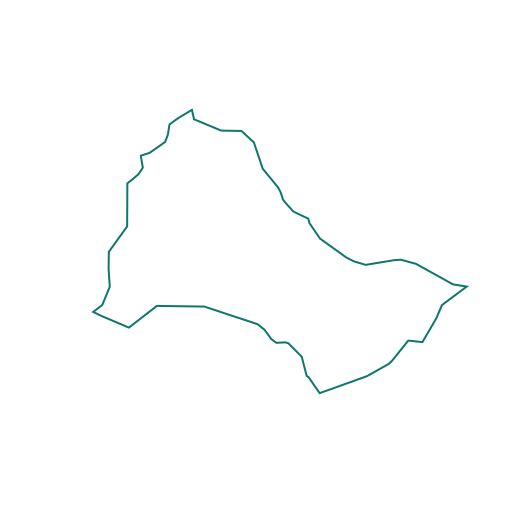 Xu'reemaral, Bayanhongor, Mongolia (Albers equal-area conic projection), rotated 61°
{"feature_id": "93677404B17106990406632", "entity_name": "Xu'reemaral", "entity_type": "district", "adm_level": 2, "iso_a3": "MNG", "parent_name": "Mongolia", "parent_adm1": "Bayanhongor", "projection": "albers", "projection_center": [98.288, 46.477], "detail": "fine", "context": "isolated", "style": "outline", "palette": "teal", "viewbox_px": 512, "rotation_deg": 61, "n_neighbors": 0, "source": "geoboundaries", "source_scale": "gbopen_adm2", "svg_char_len": 1107}
<svg xmlns="http://www.w3.org/2000/svg" viewBox="0 0 512 512"><g transform="rotate(61 256 256)"><path d="M97.1,241.2L97.7,257.5L99.0,267.9L107.1,274.2L112.2,280.2L114.2,299.2L112.4,308.1L123.9,312.2L126.6,317.4L127.6,319.8L128.9,326.0L130.1,333.3L167.7,354.4L181.0,382.7L196.1,391.3L212.0,398.8L224.3,414.2L226.0,425.5L233.2,420.5L257.0,401.9L251.6,366.9L275.1,325.8L316.4,287.7L324.7,284.3L336.2,282.9L341.8,280.3L344.2,275.4L345.7,272.3L348.0,270.0L366.4,264.8L368.5,265.4L385.3,269.8L387.5,268.8L406.8,266.8L414.9,217.1L414.7,191.7L413.5,187.6L403.8,163.8L412.0,152.2L404.0,138.7L397.7,128.2L389.4,117.6L389.0,116.9L384.9,86.5L376.3,97.5L340.4,119.9L329.5,131.1L326.8,136.7L316.9,164.4L308.0,173.1L300.8,177.9L271.7,191.6L253.2,193.3L248.7,192.2L239.2,199.0L236.9,200.6L235.1,201.7L234.1,202.1L232.4,202.4L230.4,202.8L227.0,203.7L224.2,204.3L221.9,204.8L220.3,205.0L219.3,205.0L217.7,204.6L215.0,204.1L212.6,203.7L210.8,203.5L209.9,203.5L209.1,203.5L208.6,203.6L207.1,203.4L182.9,207.8L155.6,202.8L139.6,208.1L129.4,225.7L106.4,243.9L97.1,241.2Z" fill="none" stroke="#0f766e" stroke-width="2"/></g></svg>